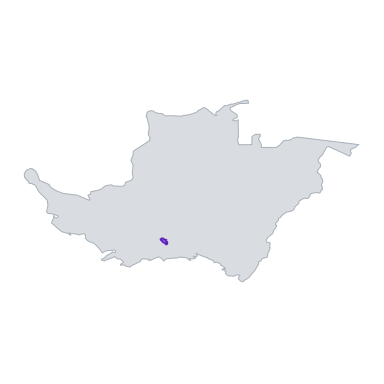 Bagadó, Chocó, Colombia (highlighted), rotated 269°
{"feature_id": "7082276B12521758233842", "entity_name": "Bagadó", "entity_type": "district", "adm_level": 2, "iso_a3": "COL", "parent_name": "Colombia", "parent_adm1": "Chocó", "projection": "equal_earth", "projection_center": [-76.226, 5.511], "detail": "fine", "context": "in_parent", "style": "filled", "palette": "violet", "viewbox_px": 384, "rotation_deg": 269, "n_neighbors": 0, "source": "geoboundaries", "source_scale": "gbopen_adm2", "svg_char_len": 5240}
<svg xmlns="http://www.w3.org/2000/svg" viewBox="0 0 384 384"><g transform="rotate(269 192 192)"><path d="M215.6,36.0L212.5,37.7L206.2,39.9L202.0,49.2L199.0,50.9L195.5,56.4L192.8,63.3L190.8,77.3L185.5,89.2L186.0,89.8L188.1,89.2L190.1,87.9L190.8,88.3L191.6,90.4L194.0,90.9L196.0,100.6L199.7,105.5L200.1,107.4L200.6,111.4L199.3,113.8L198.9,122.7L200.1,124.9L202.9,125.8L204.7,131.3L205.9,132.6L207.6,133.4L211.6,132.6L219.0,133.5L220.7,133.3L224.8,131.4L230.0,133.8L233.9,134.1L244.4,150.8L245.5,150.3L246.8,151.3L249.5,149.6L251.7,149.3L254.7,150.1L258.7,150.2L266.6,148.4L267.8,147.5L272.1,148.4L273.4,149.7L274.1,152.8L273.6,154.7L272.1,156.7L271.3,159.1L271.1,162.2L270.3,164.4L269.0,165.8L268.4,168.0L268.7,170.7L268.0,183.3L268.6,184.4L269.1,189.5L271.0,196.2L271.9,198.2L273.4,199.7L276.2,205.3L275.6,207.2L268.4,215.8L268.1,217.8L269.5,217.0L271.7,217.8L272.4,219.9L277.8,225.9L277.7,228.2L279.3,232.8L279.0,233.8L282.7,246.7L282.8,249.4L279.8,250.2L279.6,241.5L279.2,239.8L275.7,232.1L275.0,231.4L272.7,232.3L268.8,238.0L267.0,238.9L265.5,238.1L264.1,234.7L263.1,234.0L262.2,236.9L263.4,239.4L246.3,239.4L243.0,238.4L238.4,239.7L238.3,252.7L246.4,252.9L248.6,256.7L248.4,259.7L248.8,260.8L246.9,261.4L244.0,259.4L239.0,261.8L235.3,262.4L235.1,276.9L237.3,280.5L241.6,284.3L242.2,287.0L241.9,289.5L243.0,292.6L244.4,294.2L244.4,296.1L245.1,298.2L236.5,359.4L233.5,355.7L232.4,352.3L231.0,350.9L228.1,352.0L225.1,350.3L235.0,329.5L234.7,327.6L226.4,322.6L225.6,321.3L221.6,318.5L219.5,319.3L218.2,320.7L215.2,321.1L212.8,318.9L209.9,317.5L206.4,321.0L205.4,320.9L202.9,322.4L200.3,323.0L196.8,321.5L194.1,322.5L192.1,322.3L191.4,321.2L188.9,320.0L188.7,318.6L189.4,316.0L188.3,311.0L187.9,310.1L186.0,310.0L183.8,308.2L183.4,307.1L183.9,305.0L183.5,303.3L181.3,299.2L178.4,298.2L175.5,294.8L172.6,293.6L171.3,291.2L170.1,285.8L167.1,281.5L165.0,280.1L164.3,278.1L162.2,277.9L159.3,275.1L158.0,274.9L157.1,276.2L154.4,274.9L152.1,272.8L149.7,272.3L148.2,271.0L145.4,267.1L142.3,265.2L140.6,265.9L140.0,268.8L139.0,269.3L135.5,268.6L134.9,269.2L134.0,269.1L129.7,266.9L125.5,266.1L124.4,261.3L121.7,259.5L120.9,257.2L119.0,257.5L111.8,253.0L108.8,249.9L106.3,248.2L103.6,244.8L103.2,243.4L101.2,241.4L102.2,238.8L104.6,236.8L107.9,238.3L108.3,235.3L107.1,232.7L107.6,226.6L108.5,225.3L110.3,224.0L111.4,224.5L112.1,223.5L114.7,224.0L115.5,223.5L117.5,221.1L118.4,219.2L119.3,219.4L121.4,216.1L121.1,212.8L123.1,212.1L125.2,206.8L126.1,206.6L126.6,204.1L130.3,195.3L129.0,196.3L127.5,195.7L127.7,192.7L127.3,192.3L126.1,194.6L125.1,192.3L125.3,188.5L123.7,189.2L123.8,188.4L126.2,185.5L127.2,179.0L126.4,176.6L125.9,166.9L125.5,165.0L123.5,162.6L126.6,159.8L127.7,157.7L126.3,153.4L124.5,149.7L124.4,147.6L125.5,147.8L126.0,141.7L124.9,139.4L123.6,139.4L119.5,130.5L118.1,128.6L119.1,124.3L120.4,122.4L120.1,119.2L121.0,119.3L122.8,122.3L123.5,121.9L126.3,119.1L126.3,116.4L128.6,113.7L125.4,104.6L124.4,103.2L125.7,100.2L126.4,100.4L127.6,103.3L129.6,105.1L132.4,110.2L133.7,111.3L132.8,112.5L132.6,113.7L133.0,114.4L134.7,114.5L135.3,113.1L134.9,106.9L134.2,103.8L132.7,101.7L133.2,100.7L136.1,99.2L142.3,93.3L144.4,87.8L146.0,85.8L147.8,84.5L150.0,84.8L151.7,84.1L152.3,82.3L151.1,78.5L152.4,73.3L152.4,70.6L153.2,69.0L152.9,68.4L150.7,70.3L153.0,66.6L154.6,60.9L163.5,51.0L169.3,53.4L171.1,53.2L168.7,54.5L168.4,55.9L169.2,57.4L170.1,57.8L170.8,56.9L172.8,51.0L173.0,47.8L173.9,46.7L175.1,46.3L180.8,47.7L186.2,47.2L194.9,38.9L201.5,35.4L203.1,32.0L203.5,29.5L204.7,28.5L206.0,28.5L206.7,27.1L209.7,24.8L213.0,24.6L216.4,26.5L218.0,29.9L218.3,32.3L215.6,36.0ZM114.8,222.9L114.4,223.3L113.6,222.5L113.4,221.5L113.8,220.8L114.4,221.0L114.8,222.9Z" fill="#d9dde1" stroke="#a8b0b8" stroke-width="1"/><path d="M145.3,159.8L145.3,159.7L145.2,159.7L144.9,159.6L144.7,159.8L144.8,159.8L144.7,160.0L144.4,160.2L144.3,160.3L144.2,160.3L144.1,160.5L143.9,160.6L143.8,160.8L143.7,160.8L143.5,161.0L143.4,161.0L143.4,161.4L143.4,161.5L143.2,161.6L142.9,161.7L142.7,161.7L142.6,161.8L142.4,162.0L142.3,162.3L142.1,162.3L142.1,162.5L141.9,162.7L141.7,162.8L141.7,163.0L141.6,163.3L141.6,163.6L141.5,163.8L141.4,163.9L141.4,164.1L141.3,164.3L141.3,164.5L141.4,164.8L141.2,164.8L141.0,165.0L140.9,165.0L140.7,165.1L140.4,165.0L140.4,164.9L140.3,164.7L140.2,164.8L140.1,165.0L139.9,165.2L139.9,165.3L140.0,165.3L140.2,165.5L140.3,165.5L140.2,165.7L140.2,165.8L140.2,166.0L140.3,166.1L140.4,166.3L140.5,166.4L140.7,166.2L140.8,166.1L141.0,166.0L141.0,165.9L141.1,166.0L141.2,166.4L141.3,166.5L141.5,166.6L141.8,166.6L141.9,166.4L142.0,166.3L142.0,166.2L142.3,166.1L142.5,166.1L142.8,166.2L142.9,165.9L143.0,165.9L143.0,165.7L143.2,165.4L143.3,165.3L143.4,165.2L143.5,165.1L143.7,165.3L143.8,165.3L143.8,165.2L144.0,165.1L144.3,165.0L144.5,164.9L144.6,165.0L144.6,164.9L144.7,164.7L144.8,164.5L144.8,164.4L145.0,164.4L145.0,164.5L145.0,164.4L145.1,164.2L145.2,163.9L145.2,163.7L145.2,163.4L145.3,163.4L145.2,163.2L145.2,162.9L145.1,162.7L145.3,162.4L145.5,162.3L145.6,162.2L145.8,162.1L146.0,162.0L146.3,162.0L146.3,161.9L146.3,161.7L146.2,161.5L146.2,161.4L146.3,161.4L146.3,161.2L146.3,160.9L146.2,160.8L146.2,160.7L145.9,160.4L145.7,160.3L145.6,160.1L145.4,160.0L145.4,159.9L145.3,159.8Z" fill="#8b5cf6" stroke="#5b21b6" stroke-width="1.5"/></g></svg>